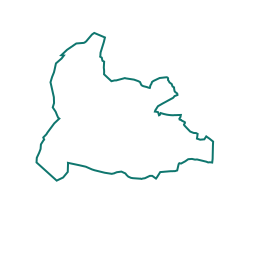 Gwarzo, Kano, Nigeria (orthographic projection), rotated 22°
{"feature_id": "59680162B96182902271382", "entity_name": "Gwarzo", "entity_type": "district", "adm_level": 2, "iso_a3": "NGA", "parent_name": "Nigeria", "parent_adm1": "Kano", "projection": "orthographic", "projection_center": [7.983, 11.901], "detail": "fine", "context": "isolated", "style": "outline", "palette": "teal", "viewbox_px": 256, "rotation_deg": 22, "n_neighbors": 0, "source": "geoboundaries", "source_scale": "gbopen_adm2", "svg_char_len": 2301}
<svg xmlns="http://www.w3.org/2000/svg" viewBox="0 0 256 256"><g transform="rotate(22 128 128)"><path d="M161.5,78.9L161.0,77.9L160.0,77.3L158.7,77.1L157.5,76.5L156.8,75.5L155.7,73.7L155.5,73.1L153.7,72.8L152.1,70.9L149.4,70.2L148.1,69.1L147.1,68.5L146.9,67.8L146.6,67.0L146.0,66.5L145.0,66.4L143.6,67.1L138.6,69.8L134.1,74.7L133.1,76.2L133.1,77.0L133.1,78.7L132.8,80.2L133.1,81.7L133.2,82.1L133.2,82.7L131.9,82.9L129.9,83.0L126.3,83.5L124.6,83.3L123.1,82.1L122.4,81.3L121.9,80.9L119.9,80.7L115.4,80.9L107.4,82.8L106.4,82.9L99.1,88.4L97.9,88.8L95.1,90.8L85.7,87.2L84.7,84.5L83.9,82.8L83.0,81.2L81.0,75.4L79.1,75.2L77.3,72.6L75.5,72.3L75.5,72.0L74.3,68.3L73.4,57.4L72.7,52.7L61.1,52.5L59.6,54.8L57.6,60.8L56.8,63.3L55.7,65.1L55.0,65.7L48.4,69.0L42.2,78.3L38.9,85.5L41.4,84.8L40.4,88.4L37.0,95.1L38.1,101.5L38.5,104.1L38.5,109.1L39.0,114.6L47.7,127.2L50.1,132.6L50.5,137.1L54.8,140.0L57.6,142.9L59.4,144.6L60.8,145.0L57.9,151.3L55.0,162.5L54.7,164.4L53.0,168.5L54.6,170.2L54.3,170.8L53.4,175.8L54.8,180.2L54.9,184.2L54.6,189.8L56.1,194.2L81.6,203.5L86.4,198.2L88.6,191.3L85.7,183.4L85.4,182.8L96.6,180.8L102.1,179.9L103.4,179.7L110.1,179.9L112.9,179.7L123.2,178.2L130.1,176.6L132.3,175.1L132.5,174.8L134.2,173.2L138.2,170.9L142.6,171.1L144.3,172.1L146.5,173.0L149.4,173.1L151.3,172.7L158.1,170.5L158.4,170.3L158.8,170.3L159.5,170.2L160.8,169.2L162.4,168.3L166.2,164.2L168.4,163.3L172.9,164.4L173.3,162.9L174.4,156.8L183.7,152.1L187.7,150.4L189.5,148.9L188.5,142.6L188.8,141.4L190.5,141.1L193.5,137.5L195.5,134.4L198.9,132.7L202.0,132.2L203.8,131.3L213.2,129.9L215.2,129.9L216.3,129.3L217.7,128.8L219.0,128.5L218.1,125.1L213.3,112.4L212.0,108.7L207.7,107.4L203.7,106.5L203.0,109.9L199.3,111.8L195.9,112.0L194.8,107.4L193.0,107.2L190.7,108.0L187.0,108.0L183.0,106.2L181.9,105.7L179.1,104.4L178.6,103.8L178.9,102.3L178.6,101.5L178.6,101.4L177.7,101.2L176.4,101.1L175.0,101.0L174.2,100.6L173.9,100.7L173.6,100.8L172.7,100.8L172.4,100.3L172.2,100.2L172.5,98.1L172.1,96.1L167.2,98.3L166.0,98.8L164.8,99.4L164.4,99.5L163.6,99.8L162.4,100.2L161.0,100.6L159.0,101.1L157.1,101.4L155.9,101.6L154.9,101.7L152.7,101.9L152.7,102.9L152.5,104.1L152.0,104.6L150.0,102.1L148.2,102.3L146.8,102.7L146.7,101.4L147.6,96.6L150.8,92.5L158.6,83.0L159.2,81.0L161.5,78.9Z" fill="none" stroke="#0f766e" stroke-width="2"/></g></svg>